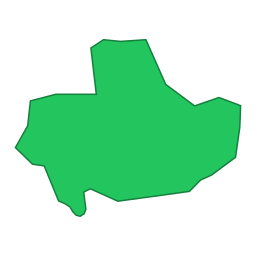 the border of Ropazu
{"feature_id": "LVA-5773", "entity_name": "Ropazu", "entity_type": "Municipality", "adm_level": 1, "iso_a3": "LVA", "parent_name": "Latvia", "parent_adm1": "", "projection": "orthographic", "projection_center": [24.578, 56.966], "detail": "fine", "context": "isolated", "style": "filled", "palette": "green", "viewbox_px": 256, "rotation_deg": 0, "n_neighbors": 0, "source": "natural_earth", "source_scale": "10m", "svg_char_len": 513}
<svg xmlns="http://www.w3.org/2000/svg" viewBox="0 0 256 256"><path d="M235.5,157.3L211.8,174.9L200.5,180.1L189.4,191.4L177.9,193.0L117.8,201.2L90.4,188.8L83.7,192.1L85.9,209.3L84.1,213.8L80.1,216.3L76.0,215.1L72.8,211.7L69.9,206.9L64.6,203.5L58.6,201.0L44.2,165.9L32.5,164.2L15.4,147.6L27.7,125.7L30.4,100.9L55.7,94.3L96.3,94.3L90.9,48.0L103.5,39.7L113.3,40.7L120.6,41.4L145.9,39.7L165.7,84.4L194.6,105.9L219.0,97.5L240.6,105.7L239.8,127.3L235.5,157.3Z" fill="#22c55e" stroke="#15803d" stroke-width="1.5"/></svg>